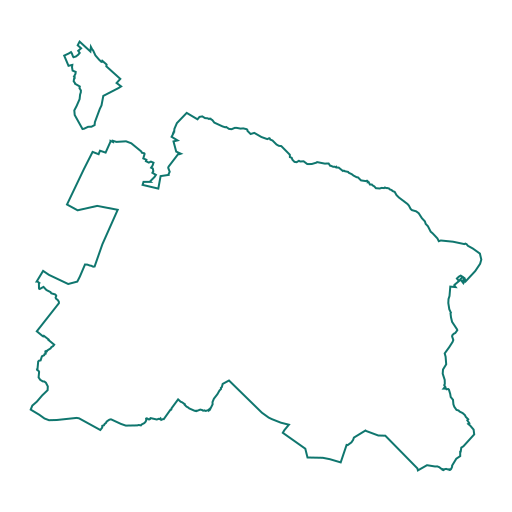 outline of Otumba, México, Mexico
{"feature_id": "50627088B37171022679347", "entity_name": "Otumba", "entity_type": "district", "adm_level": 2, "iso_a3": "MEX", "parent_name": "Mexico", "parent_adm1": "México", "projection": "mercator", "projection_center": [-98.764, 19.669], "detail": "fine", "context": "isolated", "style": "outline", "palette": "teal", "viewbox_px": 512, "rotation_deg": 0, "n_neighbors": 0, "source": "geoboundaries", "source_scale": "gbopen_adm2", "svg_char_len": 5944}
<svg xmlns="http://www.w3.org/2000/svg" viewBox="0 0 512 512"><path d="M465.7,281.3L475.2,271.1L480.1,263.8L481.3,259.6L479.9,253.6L472.8,248.5L467.9,245.8L466.6,244.2L465.3,243.6L464.4,244.1L453.0,241.7L440.8,240.5L438.8,241.2L437.4,238.4L432.5,233.2L430.7,231.7L427.9,226.2L425.7,223.9L424.9,221.4L421.9,218.2L418.7,213.2L416.1,211.3L411.9,210.1L410.6,208.9L408.9,205.6L407.5,204.0L398.9,197.5L396.5,195.1L394.7,191.9L392.5,191.0L391.7,190.1L389.8,189.4L389.0,188.5L387.1,188.0L386.2,188.1L384.9,187.5L384.1,188.1L381.5,187.9L379.8,188.5L375.9,188.2L374.3,186.4L372.6,185.4L371.8,184.5L369.9,184.5L368.7,182.2L367.7,182.3L367.8,181.4L367.0,180.7L365.8,181.1L361.0,180.4L358.0,177.4L356.6,177.2L353.4,175.5L351.8,174.2L348.8,172.8L348.1,171.9L344.7,171.2L344.3,170.8L343.5,170.7L342.9,171.0L338.7,167.6L336.4,167.5L336.2,167.0L335.9,167.3L334.6,166.7L333.2,166.8L330.9,165.8L330.2,165.8L328.6,163.5L324.7,163.6L317.1,162.1L316.5,162.6L311.8,164.0L308.1,164.1L307.2,164.0L303.6,161.3L300.2,161.5L298.9,160.8L296.6,162.2L294.5,161.9L292.4,159.7L291.7,157.8L289.9,157.1L289.8,154.7L281.3,146.1L278.8,145.8L276.5,144.5L272.5,140.5L270.3,139.6L269.7,138.4L269.2,138.2L267.4,139.1L266.4,138.8L261.4,137.0L254.3,132.9L250.6,134.0L247.5,130.9L247.3,129.8L246.7,129.2L243.3,128.4L240.5,128.6L236.8,127.9L234.7,127.9L231.6,129.2L229.0,128.9L226.2,127.0L225.3,127.3L222.5,126.4L214.3,122.6L212.3,120.0L211.1,119.4L210.6,118.7L209.5,118.7L209.0,119.0L207.6,118.3L205.0,118.1L202.3,116.4L199.5,116.9L197.5,119.3L186.7,112.9L176.9,123.1L174.4,128.9L174.2,131.5L173.9,131.4L173.1,133.2L173.4,133.4L171.6,136.8L177.5,140.4L173.5,141.4L176.2,151.6L180.8,153.7L179.4,154.2L178.0,154.3L168.6,166.6L168.2,167.8L169.7,171.8L168.6,174.1L168.7,174.9L160.6,176.1L158.3,188.6L142.6,184.9L143.5,181.9L150.5,181.9L150.0,181.5L154.5,177.0L155.9,174.9L152.4,172.8L153.3,171.1L152.8,168.5L151.1,167.7L152.6,165.5L153.5,162.7L150.9,161.6L148.8,162.6L145.9,161.2L146.4,159.8L143.3,158.4L144.6,153.9L144.3,153.3L141.8,152.7L141.3,151.5L131.3,143.3L126.0,141.3L116.4,141.9L112.9,140.8L113.0,142.0L110.5,140.9L110.5,141.6L105.6,152.6L100.0,150.7L98.6,154.2L92.6,151.9L83.9,169.1L67.0,204.5L77.6,210.3L97.2,205.9L117.7,209.8L102.4,244.2L94.6,266.5L93.2,266.7L91.1,265.7L90.0,265.6L87.3,264.6L85.0,264.5L79.9,276.5L77.3,281.6L68.2,284.0L49.0,274.9L43.1,270.9L36.7,281.5L37.4,281.5L39.4,283.0L38.9,283.7L39.0,288.3L39.3,288.9L39.7,289.0L43.5,286.9L46.4,290.0L50.5,292.1L51.3,293.3L55.1,294.4L56.2,295.5L56.2,296.1L55.6,297.5L55.9,298.5L58.0,300.3L58.9,301.9L58.9,303.2L36.8,331.3L42.3,335.8L43.2,336.4L43.8,335.8L48.6,339.5L48.4,339.9L54.2,344.7L53.1,346.1L51.3,347.2L50.6,348.4L47.4,350.4L46.9,351.3L46.0,351.0L45.4,351.3L45.3,352.1L45.8,352.7L45.7,353.7L44.5,354.2L44.2,355.2L41.9,356.3L40.6,360.4L39.0,360.7L38.2,361.5L37.5,369.0L37.0,369.3L37.2,370.0L38.5,370.8L39.1,371.9L38.6,377.4L40.2,379.8L42.8,381.4L44.3,381.5L45.9,382.7L47.8,386.4L47.6,390.2L42.2,395.4L36.8,401.7L32.3,405.6L30.7,409.6L39.2,414.7L44.5,418.5L49.0,420.2L56.8,420.0L76.6,417.9L79.0,418.3L100.3,430.0L102.2,427.6L102.3,425.8L103.9,425.3L104.6,424.0L106.1,422.8L106.6,421.6L109.0,419.9L110.3,419.4L111.2,419.4L120.9,423.9L125.8,425.6L137.2,425.4L138.8,425.0L140.9,425.4L141.6,424.5L144.3,423.1L145.5,421.8L146.3,420.2L146.1,418.6L146.8,418.3L149.0,419.5L150.0,419.1L150.2,418.4L150.6,418.1L156.8,419.5L158.8,418.8L159.7,419.1L160.5,418.4L161.2,419.9L163.3,419.0L163.8,419.1L170.4,409.8L170.8,409.9L171.3,409.5L171.6,408.2L178.1,399.4L180.6,401.7L182.1,402.3L184.8,404.2L184.6,404.7L186.6,406.7L187.9,407.3L189.2,408.4L194.2,410.6L195.4,411.0L196.0,410.7L196.4,411.1L200.3,409.6L202.3,410.1L203.1,410.7L204.6,410.4L205.3,410.9L206.2,410.8L208.3,410.1L209.3,409.2L209.2,410.3L209.8,409.9L212.6,404.3L212.5,402.1L213.9,398.7L217.4,394.2L219.5,390.5L221.0,389.0L220.9,387.9L221.8,387.1L222.7,383.9L229.0,380.5L261.9,412.7L268.7,417.6L271.8,419.1L280.9,422.7L288.9,424.7L284.4,430.1L282.8,432.8L305.3,448.7L307.5,457.5L322.8,457.8L329.9,459.2L340.7,462.4L346.6,444.9L347.7,445.1L351.4,442.4L353.1,439.9L353.9,437.6L365.5,430.5L365.9,430.9L378.3,435.5L385.3,435.7L417.4,468.4L417.9,470.4L427.0,465.2L435.1,466.5L437.3,466.4L439.3,467.2L441.3,468.8L442.5,469.1L442.4,469.7L443.2,470.1L443.6,470.1L444.2,469.3L446.1,468.9L447.8,469.4L449.9,469.3L449.8,469.9L450.3,469.8L451.1,469.0L452.1,466.8L452.1,465.6L456.3,458.7L460.2,456.1L460.2,451.7L460.7,451.6L461.3,447.6L463.4,446.3L474.2,434.4L473.6,429.6L470.2,425.6L468.2,423.9L469.3,423.2L467.3,420.3L468.2,419.3L465.8,416.9L464.9,415.1L462.7,413.1L459.5,411.5L458.6,410.5L456.5,409.9L454.3,406.8L453.4,404.3L453.0,399.8L450.7,397.0L450.2,393.9L448.9,389.6L448.2,389.0L446.5,389.3L445.9,388.6L443.6,388.6L444.8,387.1L445.3,386.9L444.2,385.1L444.8,384.0L444.7,379.9L442.7,373.7L443.0,369.5L446.2,364.3L445.6,356.7L444.7,353.4L449.2,347.2L452.6,341.9L453.3,340.0L452.1,336.4L452.3,335.3L453.7,333.8L455.3,333.0L457.3,330.2L457.0,329.3L452.1,321.9L451.0,317.4L450.5,313.3L450.9,312.7L449.3,309.3L448.3,303.0L448.4,301.3L448.5,299.1L449.5,296.0L450.3,286.6L455.6,287.1L454.3,285.3L454.4,284.9L459.3,280.8L458.0,279.9L456.9,278.5L458.8,276.7L460.7,275.6L462.6,276.8L459.9,279.8L461.4,280.6L463.4,283.2L464.3,281.5L463.3,280.3L463.8,277.7L464.5,278.1L465.7,281.3ZM79.6,41.6L77.7,45.3L81.1,48.3L78.2,50.8L79.7,52.9L78.2,54.7L75.9,56.5L73.5,57.2L73.0,56.5L71.9,53.5L71.0,52.1L68.7,53.5L64.2,55.6L68.5,65.8L72.3,64.9L72.0,67.2L72.6,70.6L75.7,71.9L75.5,73.7L74.3,76.0L74.6,76.0L74.6,76.7L74.2,78.0L74.6,78.2L73.9,79.6L73.7,81.4L74.8,82.7L75.0,83.7L79.8,86.5L79.5,88.2L80.9,90.4L80.8,92.4L80.1,94.5L79.6,99.1L76.6,106.0L74.3,110.4L74.7,115.0L82.5,129.0L84.1,128.7L88.1,126.8L91.5,126.7L94.6,125.1L94.9,122.1L99.8,108.9L101.5,105.4L103.3,95.9L118.6,88.0L121.1,86.4L116.6,83.0L120.3,78.9L106.3,66.3L106.6,64.6L106.0,64.0L102.3,60.8L101.8,61.9L101.3,61.8L99.1,59.7L95.4,55.4L93.1,50.4L92.3,49.6L90.9,46.9L90.4,51.5L79.6,41.6Z" fill="none" stroke="#0f766e" stroke-width="2"/></svg>